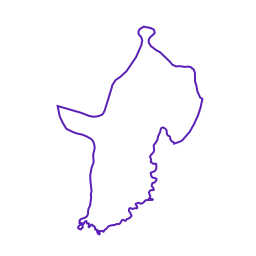 Santiago Atitlán, Sololá, Guatemala (Mercator projection), rotated 159°
{"feature_id": "79465075B45388350866104", "entity_name": "Santiago Atitlán", "entity_type": "district", "adm_level": 2, "iso_a3": "GTM", "parent_name": "Guatemala", "parent_adm1": "Sololá", "projection": "mercator", "projection_center": [-91.211, 14.599], "detail": "fine", "context": "isolated", "style": "outline", "palette": "violet", "viewbox_px": 256, "rotation_deg": 159, "n_neighbors": 0, "source": "geoboundaries", "source_scale": "gbopen_adm2", "svg_char_len": 4154}
<svg xmlns="http://www.w3.org/2000/svg" viewBox="0 0 256 256"><g transform="rotate(159 128 128)"><path d="M77.0,217.0L81.7,216.1L83.6,214.4L84.5,211.7L83.1,208.4L83.4,204.4L85.9,200.5L95.2,191.2L109.0,181.6L117.2,178.4L122.6,177.1L127.5,173.4L128.8,171.4L143.4,152.8L145.7,150.7L147.8,149.6L152.2,149.8L156.4,150.9L160.1,153.3L163.8,156.7L166.2,158.9L185.8,173.7L187.6,163.3L187.0,155.8L185.8,149.3L180.7,143.8L177.8,141.3L172.9,138.1L169.1,134.4L166.1,130.5L165.3,127.9L165.5,124.1L166.5,120.8L170.3,115.2L172.3,108.4L176.4,103.7L180.0,97.7L181.5,93.9L184.8,81.8L186.1,80.1L187.7,75.5L191.3,69.1L193.8,66.8L195.2,64.5L195.9,62.3L198.1,60.2L200.5,59.6L204.3,59.9L206.3,59.2L206.3,58.6L206.6,57.7L207.2,57.4L207.3,56.6L206.6,56.2L205.2,55.7L205.4,54.9L206.2,54.7L207.1,54.6L207.8,54.5L208.7,54.3L209.4,53.9L210.0,53.3L210.4,52.7L210.2,52.0L209.8,51.5L208.5,50.2L207.9,50.4L207.5,50.9L206.9,51.2L206.2,51.2L205.7,51.8L205.6,52.4L205.5,53.1L205.0,53.8L203.9,54.4L202.6,55.4L201.8,55.9L201.1,56.1L200.3,55.9L200.4,55.1L200.5,54.4L200.6,53.8L199.8,53.3L198.8,52.9L198.8,52.2L199.0,51.7L199.4,51.1L200.2,50.0L199.9,49.4L199.4,49.5L197.2,50.7L196.4,50.8L195.9,50.3L195.8,49.5L195.5,48.7L194.8,48.3L194.5,47.7L194.5,47.0L194.8,46.0L194.9,44.8L194.0,44.6L193.5,44.2L193.7,43.6L193.9,42.7L194.0,41.8L194.0,40.8L193.8,40.0L193.5,39.3L193.0,39.0L192.3,39.3L192.3,40.2L192.3,40.9L192.5,41.9L192.4,42.5L191.7,42.2L191.3,41.7L190.8,41.4L189.7,41.4L189.1,41.3L188.6,40.7L188.0,40.0L187.4,40.5L186.6,41.0L185.8,41.4L185.1,41.6L184.5,41.8L183.6,41.9L182.8,42.5L181.8,43.1L180.9,43.2L180.3,43.2L179.3,43.2L178.1,43.0L177.2,42.7L176.4,42.7L175.7,42.4L174.7,42.2L173.8,42.4L173.1,42.4L172.1,42.1L171.4,41.6L170.7,41.6L169.8,41.8L169.1,42.2L168.5,42.5L168.1,42.9L167.5,43.4L167.0,43.9L166.4,44.2L165.8,44.1L165.3,43.8L164.1,42.5L163.5,42.2L162.8,42.6L162.1,43.3L161.1,43.3L160.5,43.2L159.9,43.3L159.1,43.4L158.3,43.6L157.7,43.8L156.8,44.2L156.1,45.1L156.2,46.1L156.3,47.4L156.4,48.0L156.6,48.7L156.7,49.6L156.8,50.4L156.5,51.2L156.0,52.0L155.2,52.5L154.1,52.1L153.6,51.4L152.9,50.9L152.1,50.7L151.5,50.7L150.6,50.7L149.7,50.4L148.3,49.9L147.9,50.3L147.7,51.1L147.7,51.7L147.8,52.3L148.1,53.1L148.1,54.0L147.8,54.5L146.9,54.4L146.3,54.4L145.5,54.5L144.7,54.3L144.1,53.6L143.3,52.8L142.4,52.6L141.6,52.6L141.0,52.7L140.0,53.0L138.5,53.8L137.7,54.1L136.6,54.1L136.0,54.0L135.3,53.6L134.7,53.4L130.9,52.1L130.5,52.6L131.2,53.1L132.0,53.5L133.3,54.0L133.6,54.6L133.0,55.2L132.1,55.5L131.6,56.2L131.7,59.8L131.4,60.4L130.9,61.0L130.4,61.4L129.1,61.7L128.3,61.6L127.6,61.3L126.8,61.0L126.1,61.0L125.9,61.9L125.9,62.5L126.0,63.2L126.4,64.4L126.6,65.3L126.3,66.2L125.1,67.7L124.4,67.8L123.6,67.7L123.0,67.7L122.4,67.7L121.7,68.1L120.0,69.4L119.7,70.4L120.3,71.1L121.1,71.8L122.9,73.0L123.4,73.9L123.4,74.7L123.2,76.2L123.1,77.3L122.7,78.1L121.8,78.1L119.5,78.1L118.6,78.1L117.8,78.6L117.0,79.1L116.1,80.0L115.2,82.2L114.8,83.3L114.6,84.3L115.1,84.9L115.9,85.0L117.0,85.3L117.5,86.1L117.9,86.7L118.5,87.2L119.0,88.2L118.5,88.9L118.0,89.4L117.8,90.1L117.7,90.8L117.8,91.5L117.8,92.4L117.7,93.3L117.3,93.8L116.5,94.4L115.9,94.7L115.1,95.1L114.3,95.5L113.5,95.9L112.8,96.4L112.3,96.9L111.8,97.5L111.5,98.1L111.2,98.9L111.0,100.0L110.5,102.1L110.0,102.8L109.4,103.2L108.8,103.5L107.9,104.1L106.9,104.8L106.0,105.4L105.3,106.0L104.8,106.6L104.1,107.4L103.7,108.1L103.4,108.8L102.9,109.5L102.2,110.1L101.6,110.6L100.8,111.4L99.9,112.3L99.3,113.0L98.8,113.6L98.2,114.7L97.0,115.9L96.3,116.1L95.5,116.1L94.9,115.7L94.3,115.1L93.8,114.4L93.1,113.2L92.9,112.2L93.0,111.4L93.2,110.8L93.4,109.9L93.7,108.8L93.7,107.3L93.4,106.6L92.7,105.9L92.2,105.4L92.0,104.7L92.1,103.9L92.3,103.3L92.5,102.5L92.4,101.5L92.1,100.4L91.6,99.4L91.1,99.0L90.4,98.0L90.6,96.9L84.7,96.6L81.6,97.1L72.0,102.2L65.4,107.6L58.2,114.6L53.0,121.0L48.1,128.5L49.7,130.5L50.1,137.4L49.0,142.7L48.8,147.1L45.8,155.5L45.6,158.9L46.8,160.7L47.1,161.8L49.4,163.6L53.6,164.9L56.8,166.9L61.2,168.4L63.3,170.6L64.0,171.3L65.0,174.6L70.8,187.0L74.1,191.0L76.6,195.2L77.2,195.9L78.0,199.9L77.4,202.2L76.3,203.7L74.7,204.8L69.9,206.6L68.8,207.5L68.6,210.6L70.9,213.1L77.0,217.0Z" fill="none" stroke="#5b21b6" stroke-width="2"/></g></svg>